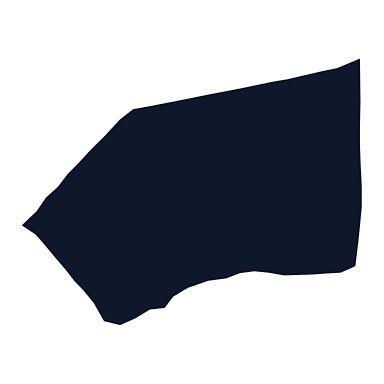 São João de Meriti, Rio de Janeiro, Brazil (orthographic projection)
{"feature_id": "56859067B99061822733599", "entity_name": "São João de Meriti", "entity_type": "district", "adm_level": 2, "iso_a3": "BRA", "parent_name": "Brazil", "parent_adm1": "Rio de Janeiro", "projection": "orthographic", "projection_center": [-43.368, -22.785], "detail": "fine", "context": "isolated", "style": "filled", "palette": "ink", "viewbox_px": 384, "rotation_deg": 0, "n_neighbors": 0, "source": "geoboundaries", "source_scale": "gbopen_adm2", "svg_char_len": 779}
<svg xmlns="http://www.w3.org/2000/svg" viewBox="0 0 384 384"><path d="M78.9,163.7L67.9,174.9L58.4,187.4L46.6,198.0L37.1,211.8L23.0,225.2L36.3,234.1L44.8,243.9L55.9,257.2L66.6,269.7L75.2,280.8L83.9,289.8L94.4,302.6L104.5,320.5L120.0,324.3L134.8,317.8L149.5,308.8L164.3,307.2L172.6,296.1L187.6,287.1L208.2,280.0L226.2,277.6L239.7,272.4L254.2,270.5L268.5,271.9L284.0,274.6L311.6,273.8L326.9,272.7L340.6,271.9L354.7,265.6L357.7,240.4L359.2,226.0L361.0,207.0L361.0,186.8L360.0,166.5L359.2,145.5L359.2,125.4L359.7,102.3L359.2,59.7L337.2,68.9L323.9,71.6L305.9,75.7L287.1,80.1L274.3,82.2L258.3,85.5L241.5,89.0L223.4,92.5L208.7,95.3L184.4,100.2L165.1,104.0L148.3,107.2L133.5,109.9L120.5,120.0L105.9,135.8L91.2,150.4L78.9,163.7Z" fill="#0f172a" stroke="#020617" stroke-width="1.5"/></svg>